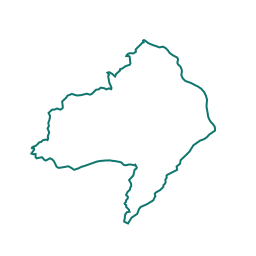 the district of Kamiji, Kasaï-Oriental, Democratic Republic of the Congo, rotated 202°
{"feature_id": "63176286B35852451405101", "entity_name": "Kamiji", "entity_type": "district", "adm_level": 2, "iso_a3": "COD", "parent_name": "Democratic Republic of the Congo", "parent_adm1": "Kasaï-Oriental", "projection": "albers", "projection_center": [23.257, -6.688], "detail": "fine", "context": "isolated", "style": "outline", "palette": "teal", "viewbox_px": 256, "rotation_deg": 202, "n_neighbors": 0, "source": "geoboundaries", "source_scale": "gbopen_adm2", "svg_char_len": 3594}
<svg xmlns="http://www.w3.org/2000/svg" viewBox="0 0 256 256"><g transform="rotate(202 128 128)"><path d="M144.7,215.4L146.2,215.5L146.8,214.6L145.6,213.3L146.1,212.9L146.6,212.5L147.9,209.3L150.3,203.8L149.6,202.3L149.2,201.6L150.0,200.5L150.9,199.2L153.5,198.3L154.5,198.0L155.8,196.6L156.5,194.9L156.5,194.1L154.2,195.0L153.4,194.9L152.7,193.9L151.5,191.6L149.9,188.6L150.1,187.3L153.5,184.3L154.3,183.0L155.5,181.1L157.0,179.9L157.4,179.5L156.9,178.4L157.1,178.1L157.1,177.9L159.2,173.7L159.3,171.1L159.3,170.9L163.1,172.3L166.4,172.7L167.8,171.6L166.8,170.9L166.7,170.9L165.5,170.1L165.8,168.6L163.4,164.7L163.2,164.5L162.2,162.9L159.6,160.4L159.4,160.1L158.4,159.1L158.1,157.9L158.1,157.7L158.6,157.6L160.5,157.7L162.5,155.7L164.1,155.9L164.8,156.0L168.4,155.2L169.5,153.0L170.8,152.2L171.0,152.0L172.1,151.4L172.6,150.0L172.7,149.8L174.4,145.9L175.3,145.1L175.7,144.7L177.6,144.5L179.2,144.3L180.7,143.2L180.8,143.1L183.8,140.9L187.5,139.0L190.7,138.7L192.8,138.6L195.2,136.2L195.4,136.1L196.3,135.2L196.6,133.0L196.8,132.6L196.9,132.4L199.0,127.9L196.5,123.4L196.3,123.1L196.1,121.8L197.5,119.7L201.1,119.5L202.9,117.7L203.2,117.4L204.3,117.0L204.4,116.9L205.2,116.7L207.3,112.2L204.8,110.0L204.2,107.6L203.9,106.1L203.8,102.9L202.0,100.0L202.4,97.9L202.5,97.6L199.4,94.4L199.3,92.3L199.3,90.4L198.0,88.1L198.1,87.6L198.1,86.6L199.8,86.6L200.4,86.1L202.2,84.9L203.0,83.4L203.3,82.6L204.2,82.0L204.8,81.6L206.7,77.1L209.4,74.6L209.6,74.4L209.5,73.3L207.4,73.8L206.9,72.7L207.6,69.8L208.0,68.1L206.1,68.1L204.0,69.3L202.8,66.4L201.9,65.9L201.5,65.6L196.8,68.7L193.3,67.0L192.0,67.1L191.6,67.5L189.0,70.7L186.4,70.5L183.9,69.2L179.9,65.5L179.1,65.3L178.0,65.0L176.6,65.4L172.7,67.8L171.6,68.5L168.9,70.2L165.1,69.7L162.8,69.1L162.7,69.1L162.0,69.2L160.6,70.6L159.7,71.2L158.6,72.3L157.4,73.7L156.6,74.6L156.0,75.1L154.8,75.9L153.8,76.8L152.4,78.0L150.8,79.4L149.7,80.5L147.6,82.2L146.6,83.2L145.3,84.3L144.3,85.2L141.1,87.2L138.7,88.4L136.6,89.5L134.4,90.4L133.0,91.1L129.5,91.9L128.4,92.3L127.2,92.5L126.6,92.7L122.0,93.6L120.3,93.2L118.9,92.5L117.8,92.2L116.2,92.6L114.8,93.5L113.6,94.4L113.0,94.7L111.3,95.3L109.7,95.6L107.9,95.9L107.5,96.7L105.1,94.7L105.0,93.5L105.3,93.1L106.2,91.9L105.8,89.3L105.3,86.1L105.4,85.6L105.5,85.5L107.5,80.1L104.3,77.6L103.2,75.2L103.6,73.6L103.1,71.8L103.7,70.2L104.5,68.4L104.7,65.2L102.3,64.2L102.1,63.4L101.9,62.2L102.7,60.3L102.6,59.8L102.2,58.7L102.7,57.5L102.9,56.9L102.5,56.3L100.7,55.8L100.6,55.2L100.2,54.2L96.5,52.6L95.2,50.9L97.5,49.5L98.0,47.3L98.2,46.2L97.1,43.0L96.8,40.3L96.3,39.7L92.2,39.5L91.1,46.2L87.3,51.8L87.4,57.0L86.7,59.5L81.9,64.4L80.2,66.7L77.5,70.3L77.2,74.9L77.1,75.0L78.5,77.0L78.1,78.5L74.9,82.6L73.9,84.9L73.2,86.5L73.7,88.4L73.4,89.1L72.8,90.4L72.8,91.8L74.0,94.1L73.5,96.3L74.0,97.3L74.4,98.1L74.1,99.2L72.7,100.8L70.4,103.5L66.8,107.6L68.1,109.9L68.5,110.6L67.8,111.8L66.4,114.3L66.5,114.9L67.1,118.0L64.6,123.5L62.2,129.1L60.9,136.4L56.4,143.4L54.7,144.9L53.5,145.9L51.8,148.4L51.5,148.8L50.2,152.3L46.4,158.1L46.8,159.6L48.2,161.8L50.5,163.3L53.6,164.7L56.2,166.7L58.1,168.8L60.0,172.1L63.1,177.0L63.9,179.2L65.3,183.8L67.8,187.1L71.1,190.0L74.7,191.8L78.4,192.6L82.3,192.9L86.0,193.3L87.9,193.3L89.3,193.2L91.0,193.1L92.6,193.2L94.2,193.8L95.7,194.5L97.0,195.6L98.4,197.1L98.7,198.3L99.0,200.0L99.5,201.3L100.9,203.2L102.9,204.8L105.4,205.7L106.7,207.0L107.0,208.6L107.3,210.5L108.8,211.7L111.1,212.0L113.4,212.2L115.7,212.7L117.6,213.2L119.9,214.8L123.0,216.2L126.1,216.5L127.3,215.6L129.1,214.5L133.1,214.4L135.8,214.2L138.7,214.2L141.5,214.4L144.7,215.4Z" fill="none" stroke="#0f766e" stroke-width="2"/></g></svg>